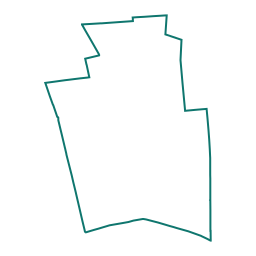 Romanu, Braila, Romania
{"feature_id": "2599482B95882755808747", "entity_name": "Romanu", "entity_type": "district", "adm_level": 2, "iso_a3": "ROU", "parent_name": "Romania", "parent_adm1": "Braila", "projection": "equal_earth", "projection_center": [27.72, 45.306], "detail": "fine", "context": "isolated", "style": "outline", "palette": "teal", "viewbox_px": 256, "rotation_deg": 0, "n_neighbors": 0, "source": "geoboundaries", "source_scale": "gbopen_adm2", "svg_char_len": 1579}
<svg xmlns="http://www.w3.org/2000/svg" viewBox="0 0 256 256"><path d="M210.7,240.6L210.6,230.9L210.4,230.9L210.4,220.6L210.4,210.2L210.3,199.6L210.2,199.6L210.3,199.2L210.3,189.1L210.3,178.9L210.3,178.6L210.2,175.0L210.2,162.9L210.2,162.6L210.2,158.0L210.1,156.2L209.8,149.5L209.6,146.2L209.2,139.5L208.5,130.2L208.0,124.3L207.5,118.4L206.6,108.9L195.8,109.8L187.3,110.6L185.1,110.8L182.5,83.0L180.5,60.1L181.5,39.8L165.4,34.4L166.7,15.4L165.9,15.4L164.1,15.5L159.4,15.8L152.8,16.2L144.3,16.8L137.0,17.2L132.7,17.5L132.8,18.3L132.9,21.1L111.8,22.6L102.1,23.3L101.1,23.3L91.3,23.9L87.6,24.1L82.0,24.4L82.0,24.7L82.3,25.1L85.2,30.3L89.9,38.4L98.8,54.0L99.2,55.1L99.1,55.4L85.2,58.7L86.4,64.2L86.7,65.1L89.3,77.3L87.2,77.6L79.8,78.4L68.5,79.8L65.1,80.2L55.0,81.6L45.3,82.9L49.8,96.1L52.9,104.7L53.0,104.8L53.2,105.0L57.2,116.7L57.3,116.9L57.4,117.0L57.5,117.0L57.8,117.1L58.0,117.2L58.2,117.5L58.3,118.0L58.3,120.0L58.4,120.6L60.8,130.6L61.9,135.1L64.8,147.3L64.8,147.5L65.0,148.0L65.2,148.9L65.6,150.7L66.2,153.2L66.5,154.9L71.7,175.3L73.4,182.7L74.0,185.1L75.8,192.5L76.1,193.9L79.3,207.6L82.5,221.4L84.5,229.6L85.0,231.9L85.1,232.5L85.1,232.4L86.0,232.3L89.0,231.4L94.0,229.9L98.3,228.7L102.6,227.4L107.3,226.0L109.6,225.3L110.2,225.2L121.8,223.2L128.5,222.0L133.4,220.6L142.7,219.0L143.4,219.0L145.9,219.4L147.5,219.8L149.0,220.2L152.1,221.0L157.9,222.5L165.7,224.8L169.7,226.0L173.7,227.1L176.6,228.0L188.3,231.3L200.9,235.8L201.1,235.9L202.0,236.4L203.3,237.0L207.5,239.0L208.2,239.4L209.7,240.2L210.5,240.6L210.7,240.6Z" fill="none" stroke="#0f766e" stroke-width="2"/></svg>